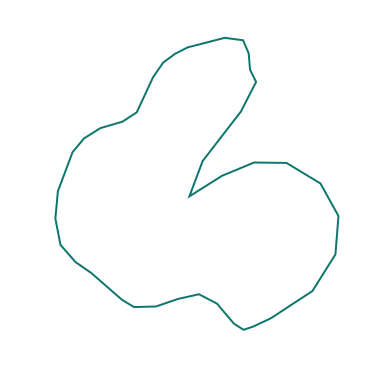 outline of Eckerö, rotated 259°
{"feature_id": "ALD-4812", "entity_name": "Eckerö", "entity_type": "state/province", "adm_level": 1, "iso_a3": "ALA", "parent_name": "Aland", "parent_adm1": "", "projection": "equal_earth", "projection_center": [19.596, 60.195], "detail": "fine", "context": "isolated", "style": "outline", "palette": "teal", "viewbox_px": 384, "rotation_deg": 259, "n_neighbors": 0, "source": "natural_earth", "source_scale": "10m", "svg_char_len": 628}
<svg xmlns="http://www.w3.org/2000/svg" viewBox="0 0 384 384"><g transform="rotate(259 192 192)"><path d="M274.3,137.1L280.8,153.0L312.1,175.7L324.7,188.6L330.9,201.8L334.8,215.3L337.1,253.5L331.2,271.1L317.3,274.1L301.0,272.3L287.8,275.9L261.7,255.4L220.4,208.4L188.2,188.6L202.2,224.6L209.1,258.5L202.5,290.3L175.9,319.7L140.5,331.2L103.4,320.9L71.8,291.3L53.1,245.5L48.2,226.3L46.9,216.3L54.8,208.0L77.7,195.2L90.3,179.3L89.7,158.0L86.5,134.7L90.1,113.2L99.3,102.9L132.0,77.4L145.4,64.3L165.2,52.8L192.0,52.8L218.3,60.5L253.8,82.3L265.2,96.2L272.2,114.3L274.3,137.1Z" fill="none" stroke="#0f766e" stroke-width="2"/></g></svg>